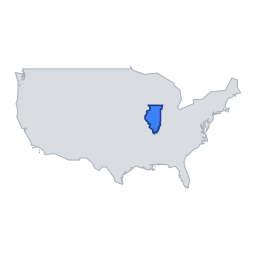 where Illinois sits in United States of America
{"feature_id": "USA-3546", "entity_name": "Illinois", "entity_type": "State", "adm_level": 1, "iso_a3": "USA", "parent_name": "United States of America", "parent_adm1": "", "projection": "mercator", "projection_center": [-89.31, 39.745], "detail": "fine", "context": "in_parent", "style": "filled", "palette": "blue", "viewbox_px": 256, "rotation_deg": 0, "n_neighbors": 0, "source": "natural_earth", "source_scale": "10m", "svg_char_len": 7020}
<svg xmlns="http://www.w3.org/2000/svg" viewBox="0 0 256 256"><path d="M210.5,91.8L225.5,90.3L231.8,77.9L237.4,80.1L237.5,87.8L240.6,92.8L234.9,94.5L234.6,95.9L233.7,94.2L232.2,97.1L227.8,99.0L224.8,106.2L227.2,109.2L228.9,108.9L228.5,107.5L229.0,108.2L229.1,109.6L224.3,110.6L223.5,109.0L222.9,111.2L217.5,111.7L213.3,114.4L213.8,112.9L213.4,111.9L212.2,115.6L213.4,116.2L213.0,119.4L210.2,123.3L207.3,120.9L209.1,118.4L207.1,120.1L207.8,122.9L209.0,124.5L209.2,126.2L205.7,132.5L206.8,128.6L204.1,124.8L206.0,120.8L203.2,122.0L204.1,127.9L201.6,126.1L200.7,126.3L201.5,124.5L201.4,123.9L200.5,125.4L200.5,126.6L204.4,128.9L203.5,129.9L201.8,127.9L201.1,127.5L203.3,130.0L204.3,130.5L203.7,131.9L202.5,130.8L204.4,133.0L203.9,133.3L203.0,132.2L200.6,131.6L203.6,133.8L205.5,133.7L207.3,139.0L205.7,134.9L206.2,137.6L202.6,137.0L205.1,139.6L206.4,138.9L204.8,141.2L201.4,140.4L203.5,141.6L201.7,142.8L203.7,143.7L200.0,144.2L197.9,147.9L194.4,148.9L187.6,155.6L186.7,154.9L184.2,160.9L183.9,162.4L185.0,167.0L189.7,180.2L188.0,187.1L185.5,187.5L183.2,183.8L182.7,180.8L179.3,177.2L180.5,175.6L178.8,175.7L179.5,171.0L175.4,166.4L169.1,167.5L168.0,164.8L161.7,164.5L162.5,163.5L161.4,164.5L158.6,165.0L158.6,162.9L158.1,164.4L149.5,164.8L153.2,165.8L151.9,167.8L154.7,169.6L153.3,170.6L150.2,168.1L150.0,170.1L145.8,169.2L143.4,166.8L142.0,168.0L135.8,166.1L132.2,168.8L133.2,168.1L131.2,167.4L130.2,170.7L126.5,172.8L127.4,172.2L124.9,171.8L125.8,173.0L122.9,174.3L121.8,177.9L120.5,177.4L121.6,178.3L121.8,181.6L123.0,183.6L122.1,184.3L115.3,181.8L113.7,177.0L106.4,167.2L102.7,166.7L99.1,170.5L94.6,168.0L92.6,163.4L86.6,158.0L79.7,158.0L79.7,160.0L68.7,160.0L54.3,153.6L44.9,154.5L43.6,150.9L39.6,147.6L31.2,144.9L31.2,142.3L24.0,130.6L24.2,129.3L25.7,130.9L24.7,128.3L27.8,128.1L22.0,128.4L16.9,117.0L17.9,110.8L16.0,103.7L17.6,98.9L18.2,85.0L21.2,85.4L17.8,84.7L18.7,80.8L17.6,80.8L15.4,72.6L22.9,74.0L21.5,78.3L23.9,75.3L23.7,78.9L21.9,79.8L23.2,79.9L24.6,78.4L25.0,74.7L22.9,68.9L130.7,68.9L130.7,66.7L132.8,70.4L144.9,74.4L157.2,73.0L173.7,83.2L174.3,85.8L179.9,89.9L181.5,99.6L177.6,107.2L179.4,109.6L193.6,103.7L193.1,100.2L194.4,99.5L202.3,99.3L210.5,91.8ZM219.1,113.2L221.5,112.8L213.1,115.0L220.0,112.4L219.1,113.2ZM23.5,72.5L24.5,74.9L24.4,75.2L23.0,73.5L23.5,72.5ZM122.8,183.0L121.9,180.2L122.0,178.5L122.1,180.3L122.8,183.0ZM235.5,94.8L235.5,95.9L235.1,95.7L235.5,94.8ZM143.5,167.7L143.7,168.4L143.0,167.8L143.5,167.7ZM34.5,147.8L35.4,147.4L35.5,147.5L34.5,147.8ZM33.5,147.5L33.1,148.0L32.8,147.6L33.5,147.5ZM226.5,110.8L225.8,111.5L225.6,111.3L226.5,110.8ZM122.5,177.0L122.0,178.3L123.3,175.8L122.5,177.0ZM188.3,175.9L189.2,178.5L188.1,175.6L188.3,175.9ZM39.4,150.1L39.8,150.8L39.3,150.2L39.4,150.1ZM188.4,187.5L187.6,188.3L188.8,186.6L188.4,187.5ZM207.6,140.8L206.7,141.8L207.4,139.2L207.6,140.8ZM22.4,70.6L22.5,71.3L22.0,71.0L22.4,70.6ZM125.8,173.5L124.5,174.1L125.8,173.3L125.8,173.5ZM228.7,111.1L228.7,111.9L228.0,111.7L228.7,111.1ZM39.4,152.2L39.7,153.1L39.2,152.3L39.4,152.2ZM124.1,174.6L123.6,174.9L124.1,174.4L124.1,174.6ZM208.8,127.4L207.9,129.0L209.0,126.9L208.8,127.4ZM131.8,169.4L131.0,169.9L132.2,169.0L131.8,169.4ZM184.3,161.7L184.1,162.8L184.1,162.0L184.3,161.7ZM204.1,143.8L203.8,144.1L204.7,143.2L204.1,143.8ZM171.4,167.3L170.3,167.8L169.9,167.7L171.4,167.3ZM158.2,164.8L158.0,165.0L157.4,165.0L158.2,164.8ZM181.6,180.8L181.7,181.6L181.4,180.7L181.6,180.8ZM155.5,166.4L155.3,167.1L155.2,165.8L155.5,166.4ZM186.0,189.2L185.4,189.3L186.2,189.1L186.0,189.2ZM212.7,119.9L212.3,120.7L212.9,119.6L212.7,119.9ZM206.0,142.1L205.6,142.3L206.0,142.1Z" fill="#d9dde1" stroke="#a8b0b8" stroke-width="1"/><path d="M148.5,124.0L148.4,123.9L148.3,123.7L148.1,123.4L148.1,123.2L148.1,122.9L148.0,122.7L148.0,122.4L148.0,122.2L147.9,122.1L147.8,121.9L147.7,121.8L147.6,121.7L146.7,121.1L146.6,120.9L146.6,120.7L145.5,119.8L145.5,119.6L145.4,119.5L145.4,119.3L145.4,119.2L145.2,119.1L145.2,118.9L145.2,118.6L145.1,118.4L145.0,118.2L144.9,117.4L144.9,117.2L145.0,116.7L145.2,116.4L145.4,116.3L145.5,116.2L145.4,116.0L145.4,115.9L145.5,115.8L145.5,115.7L145.4,115.6L145.3,115.4L145.4,115.2L145.6,115.1L145.8,115.1L146.0,115.0L146.2,114.9L146.3,114.8L146.4,114.7L146.5,114.5L146.5,114.4L146.5,114.2L146.7,113.9L147.1,113.4L147.1,113.0L147.1,112.8L147.0,112.6L146.9,112.4L146.7,112.2L146.5,111.9L146.6,111.6L146.6,111.4L146.7,111.2L146.8,111.0L147.0,110.9L148.1,110.8L148.3,110.7L148.5,110.5L148.9,110.4L149.1,110.3L149.2,110.2L149.4,110.1L149.5,110.0L149.5,109.9L149.5,109.7L149.6,109.4L149.7,109.2L149.9,109.0L150.0,109.0L150.0,108.9L150.1,108.6L150.2,108.3L150.2,108.1L150.3,107.8L150.2,107.6L150.2,107.4L149.9,107.1L149.6,106.9L149.4,106.7L149.2,106.5L149.2,106.2L149.2,106.3L149.1,106.1L148.7,105.7L148.4,105.5L148.3,105.4L148.3,105.2L149.0,105.3L149.7,105.3L150.4,105.3L152.5,105.3L153.2,105.3L153.9,105.3L155.9,105.3L156.6,105.3L157.3,105.3L158.0,105.3L158.7,105.3L159.4,105.4L160.9,105.4L161.6,105.3L162.5,105.3L162.4,105.7L162.3,106.1L162.2,106.6L162.1,107.1L162.0,107.7L161.9,108.3L161.8,108.8L161.7,109.2L161.4,109.2L160.5,109.2L160.5,109.4L160.5,110.2L160.5,110.9L160.5,111.7L160.5,112.4L160.5,113.2L160.5,113.9L160.5,114.7L160.5,115.4L160.5,116.2L160.5,117.7L160.5,119.1L160.5,119.9L160.5,120.6L160.5,121.3L160.5,121.5L160.4,121.6L160.2,121.7L160.1,121.8L160.2,122.1L160.2,122.3L159.9,122.6L159.9,122.8L160.0,122.8L160.2,123.0L160.2,123.3L160.3,123.3L160.4,123.5L160.4,123.8L160.4,124.0L160.5,124.3L160.5,124.5L160.4,124.9L160.3,125.0L160.2,125.0L160.1,125.3L160.0,125.5L159.9,125.6L160.0,125.8L159.9,125.8L159.7,126.0L159.5,126.3L159.4,126.5L159.2,126.8L158.9,126.9L158.8,127.0L158.7,127.1L158.7,127.3L158.8,127.4L158.8,127.5L158.7,127.7L158.6,127.8L158.8,127.9L158.7,128.0L158.5,128.3L158.5,128.5L158.4,128.5L158.5,128.7L158.5,128.8L158.4,128.9L158.2,128.8L158.3,128.9L158.5,129.1L158.4,129.2L158.2,129.2L158.3,129.2L158.4,129.3L158.5,129.3L158.4,129.4L158.4,129.5L158.1,129.8L158.0,130.0L158.1,130.3L158.2,130.5L158.3,130.7L158.3,130.8L158.2,130.9L157.4,131.1L157.2,131.2L156.9,131.2L156.8,131.3L156.7,131.4L156.6,131.6L156.6,131.8L156.8,132.1L156.9,132.3L156.9,132.6L156.9,132.8L156.7,132.9L156.4,132.9L156.2,132.7L155.1,132.2L154.9,132.1L154.7,132.2L154.4,132.3L154.2,132.6L154.1,132.8L154.0,133.0L154.2,133.4L153.9,133.3L153.9,133.2L153.7,132.9L153.6,133.0L153.7,133.3L153.5,133.2L153.3,133.0L153.2,133.0L153.2,132.8L153.2,132.7L153.0,132.4L152.9,132.3L152.9,132.2L152.7,132.0L152.7,131.9L152.8,131.6L153.0,131.3L153.0,131.1L152.9,130.9L152.7,130.6L152.7,130.4L152.7,130.2L152.7,129.9L152.2,129.7L152.0,129.3L151.9,129.1L151.6,129.0L151.5,128.9L151.3,128.7L151.1,128.6L150.8,128.5L150.7,128.5L150.5,128.3L150.4,128.3L150.3,128.2L150.2,128.0L150.1,127.9L149.9,127.8L149.8,127.7L149.7,127.5L149.5,127.3L149.4,127.3L149.4,127.2L149.3,126.8L149.4,126.7L149.6,126.2L149.8,125.6L150.0,125.3L150.1,125.2L150.0,124.8L150.1,124.6L150.2,124.4L150.3,124.3L150.3,124.2L150.1,123.9L149.7,123.7L149.4,123.6L149.2,123.5L148.7,123.9L148.5,124.0Z" fill="#3b82f6" stroke="#1e3a8a" stroke-width="1.5"/></svg>